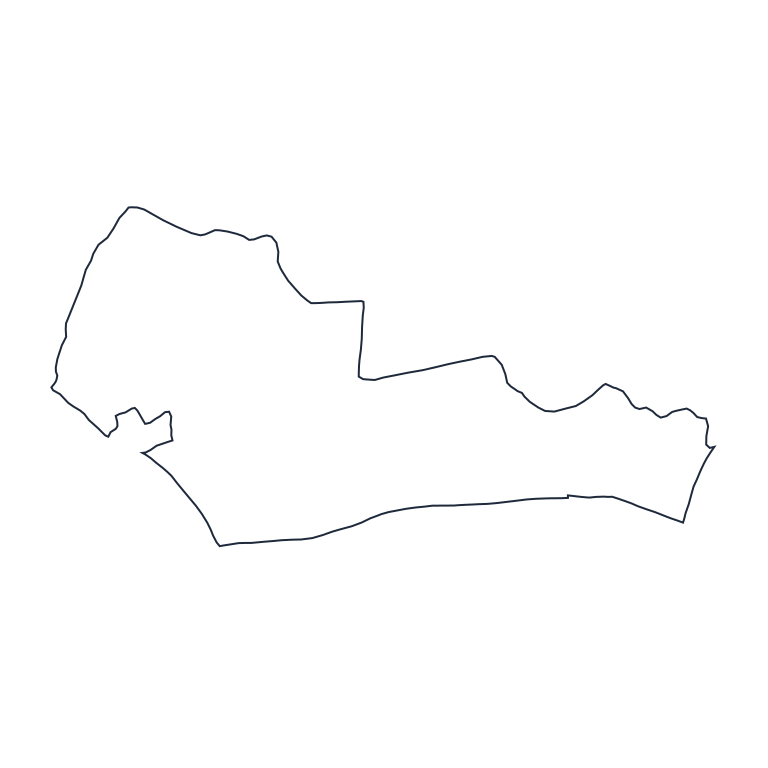 Peam Ro, Prey Vêng, Cambodia, rotated 272°
{"feature_id": "14789045B10752799877994", "entity_name": "Peam Ro", "entity_type": "district", "adm_level": 2, "iso_a3": "KHM", "parent_name": "Cambodia", "parent_adm1": "Prey Vêng", "projection": "robinson", "projection_center": [105.314, 11.334], "detail": "fine", "context": "isolated", "style": "outline", "palette": "slate", "viewbox_px": 768, "rotation_deg": 272, "n_neighbors": 0, "source": "geoboundaries", "source_scale": "gbopen_adm2", "svg_char_len": 3295}
<svg xmlns="http://www.w3.org/2000/svg" viewBox="0 0 768 768"><g transform="rotate(272 384 384)"><path d="M265.4,461.8L265.8,466.3L266.0,468.2L266.6,476.0L267.2,482.9L267.8,491.6L269.0,501.3L270.5,510.9L271.9,520.0L273.6,530.6L274.6,539.9L275.5,552.6L276.1,565.9L276.6,571.8L279.1,571.7L278.0,585.7L277.7,591.6L277.7,593.6L278.6,600.1L279.1,607.6L279.0,611.5L279.1,614.0L279.3,615.9L277.3,622.9L276.0,627.0L275.4,629.1L273.2,635.8L270.8,641.8L268.1,650.3L265.4,659.4L261.7,669.8L259.7,675.6L258.0,681.3L255.9,687.7L260.5,688.9L265.4,689.9L274.7,692.8L285.1,695.2L292.4,697.0L299.7,700.1L302.7,701.2L309.2,703.7L315.9,706.6L321.0,709.1L327.5,713.0L332.7,716.3L331.5,711.8L334.7,708.1L343.2,708.0L353.1,709.4L360.7,707.0L361.0,702.8L361.9,698.2L366.0,694.1L368.5,690.7L370.0,687.3L368.8,682.3L367.3,676.6L366.1,672.9L361.8,667.5L360.1,661.7L362.6,657.3L366.2,653.3L369.6,646.8L367.9,640.2L369.2,635.8L372.7,632.1L378.4,628.4L385.0,623.1L388.0,615.8L388.3,613.8L389.5,611.0L390.6,608.4L391.8,605.4L390.2,602.9L386.1,598.6L380.0,592.6L373.5,584.0L368.7,576.5L365.9,566.8L362.4,555.3L362.5,551.6L362.7,545.9L365.9,539.0L371.3,530.3L376.3,524.8L379.9,522.2L381.6,517.6L382.8,515.9L386.0,510.8L389.5,507.1L398.1,504.9L407.3,501.0L415.0,493.7L415.8,490.7L414.6,481.6L411.7,470.9L410.1,464.1L409.3,460.4L406.1,447.5L403.1,436.8L399.2,422.3L396.1,407.4L393.1,394.7L390.4,383.0L387.7,374.7L387.8,370.6L388.1,363.0L390.5,358.5L395.4,358.4L401.6,358.4L407.6,358.7L417.6,359.7L428.3,360.2L440.1,360.1L451.5,360.4L459.5,361.1L465.4,360.6L466.1,358.5L465.6,352.1L464.9,343.2L464.1,334.4L463.6,325.6L462.9,319.0L462.4,312.4L462.3,308.3L464.6,304.7L469.6,298.2L476.1,291.9L483.9,284.6L492.3,278.8L496.0,276.5L502.7,273.5L512.4,273.8L521.5,271.5L527.3,266.5L528.4,261.7L527.1,256.5L524.0,249.2L523.3,244.2L526.8,238.3L528.9,231.6L530.9,222.4L531.9,213.9L531.8,209.5L529.3,204.4L528.1,201.8L527.2,199.9L526.2,195.3L528.1,186.3L534.1,170.8L539.8,157.9L545.5,146.9L550.0,138.3L551.8,131.3L551.8,125.1L551.4,122.5L547.5,119.7L540.8,113.8L529.9,108.2L520.5,102.4L513.2,93.8L504.0,88.9L497.0,86.9L487.7,82.0L471.7,78.0L455.7,72.2L439.7,66.4L433.5,64.1L427.7,64.0L420.0,64.7L411.5,60.7L397.6,56.7L389.1,55.4L384.9,55.7L381.0,57.2L377.1,56.6L375.1,55.9L373.0,54.7L369.0,51.7L366.2,53.5L362.5,60.6L354.2,69.0L350.9,74.0L346.8,81.4L343.6,85.6L337.7,90.3L329.9,99.7L323.0,107.1L321.7,110.3L326.3,112.4L330.0,117.7L332.7,119.1L336.9,118.7L342.7,117.0L344.8,120.7L346.6,126.7L350.6,132.7L351.4,135.8L348.8,138.5L343.7,141.7L339.5,144.3L335.8,146.7L337.1,151.6L341.0,156.6L344.0,161.4L348.2,166.1L348.8,170.2L346.5,171.3L344.1,172.5L335.6,172.1L330.8,173.2L325.3,173.2L320.2,174.6L318.6,170.1L314.4,158.9L310.0,153.1L307.3,148.3L306.7,145.0L305.4,147.7L301.7,153.6L297.2,159.2L292.2,166.1L288.7,170.4L284.8,174.8L278.6,179.9L270.2,187.3L262.3,194.4L255.6,200.4L247.8,206.5L239.1,212.3L232.4,215.9L226.5,218.5L219.8,222.3L216.2,225.5L216.9,228.6L218.6,237.5L219.9,244.2L220.3,250.6L220.5,256.7L222.0,268.3L223.3,279.4L224.3,287.0L225.2,297.6L225.7,306.5L227.5,317.7L230.8,327.8L234.5,337.1L237.2,345.3L240.7,356.7L244.9,366.8L249.2,374.8L251.7,380.9L253.9,386.0L256.2,393.2L258.0,401.3L260.0,410.1L261.7,420.0L262.9,429.0L264.1,436.7L264.6,449.2L265.0,458.5L265.4,461.8Z" fill="none" stroke="#1e293b" stroke-width="2"/></g></svg>